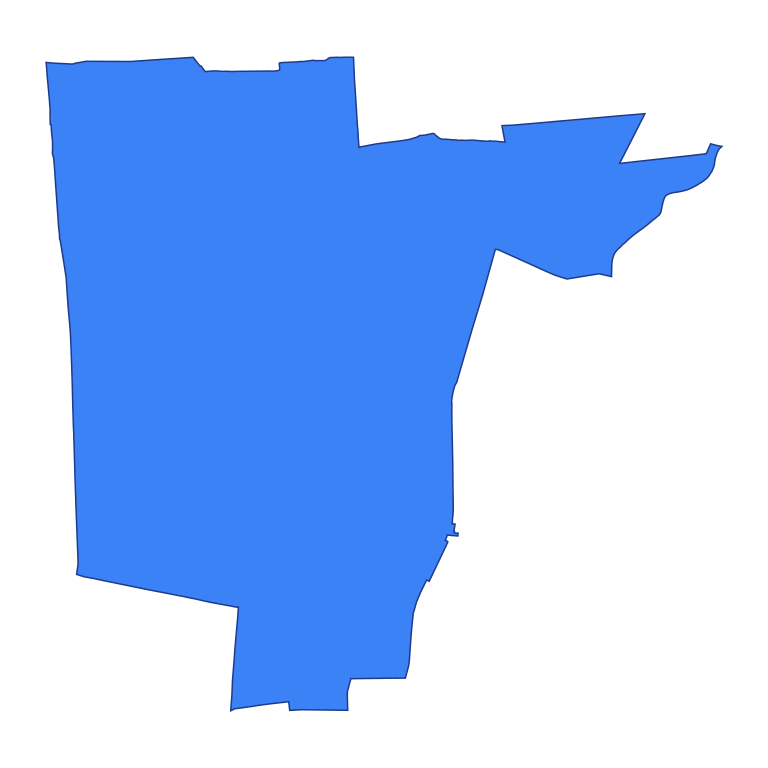 Tulucesti, Galati, Romania (Albers equal-area conic projection)
{"feature_id": "2599482B61221662253348", "entity_name": "Tulucesti", "entity_type": "district", "adm_level": 2, "iso_a3": "ROU", "parent_name": "Romania", "parent_adm1": "Galati", "projection": "albers", "projection_center": [28.035, 45.59], "detail": "fine", "context": "isolated", "style": "filled", "palette": "blue", "viewbox_px": 768, "rotation_deg": 0, "n_neighbors": 0, "source": "geoboundaries", "source_scale": "gbopen_adm2", "svg_char_len": 4017}
<svg xmlns="http://www.w3.org/2000/svg" viewBox="0 0 768 768"><path d="M611.5,276.6L611.5,275.7L611.6,272.5L611.7,267.8L611.9,262.7L612.4,259.8L613.1,256.9L614.0,254.5L615.1,252.6L616.4,250.8L618.6,248.5L620.2,247.2L622.4,244.8L624.9,242.8L626.7,241.1L629.9,238.1L633.5,235.1L637.9,231.8L643.7,227.6L648.4,223.9L653.3,219.8L655.6,218.0L657.4,216.5L659.1,215.1L660.1,213.8L660.8,212.2L661.3,210.2L662.2,205.7L663.2,201.5L664.2,198.4L665.3,196.3L666.7,195.0L669.7,193.6L672.9,192.7L678.0,192.0L682.4,191.1L687.1,189.9L692.0,187.8L697.4,184.9L703.2,181.2L707.3,177.9L709.5,175.0L712.2,170.7L714.1,165.9L714.5,163.5L715.0,160.1L715.4,158.0L716.2,155.6L717.1,152.8L719.1,149.0L721.9,146.4L720.5,146.2L718.7,145.9L714.7,144.9L710.6,143.8L706.3,153.7L689.5,155.7L682.2,156.5L619.6,163.4L631.0,141.1L636.8,129.7L644.9,113.7L621.9,115.6L524.0,124.2L512.2,125.2L502.0,125.6L502.0,126.0L505.0,142.1L497.4,141.4L495.3,141.1L493.5,141.2L492.4,141.2L491.8,141.1L491.3,141.1L489.9,140.8L489.3,140.9L488.8,141.3L487.4,141.2L485.0,141.1L479.4,140.7L477.7,140.5L475.1,140.3L473.0,140.2L470.5,140.1L468.8,140.2L467.0,140.4L465.6,140.4L463.8,140.3L462.0,140.2L460.4,140.2L458.2,140.4L456.9,140.0L451.4,139.7L445.7,139.2L445.1,139.2L442.7,139.2L441.0,138.9L439.3,138.1L436.4,135.9L434.0,133.6L433.1,133.4L424.4,135.2L419.6,135.5L418.2,136.4L416.4,137.3L411.5,138.7L410.0,139.3L408.2,139.6L406.7,139.9L399.9,140.9L376.2,143.9L365.1,146.0L364.2,146.2L360.9,146.8L358.9,147.4L358.9,146.0L358.2,137.1L358.1,133.3L357.4,125.1L356.0,102.9L355.4,93.3L354.9,85.8L354.5,80.5L354.2,73.3L353.5,57.3L347.8,57.2L345.6,57.2L340.5,57.4L336.6,57.3L329.6,57.6L325.6,60.4L323.3,60.6L314.8,60.6L313.7,60.3L312.4,60.3L311.2,60.5L310.0,60.7L303.2,61.5L298.5,61.6L297.4,61.9L296.2,61.9L295.8,61.9L293.1,62.1L289.7,62.2L288.5,62.3L286.0,62.4L284.7,62.4L282.1,62.6L279.6,62.9L279.4,63.1L279.2,63.8L279.8,69.7L279.7,69.9L276.6,70.9L273.1,71.1L271.5,71.1L270.1,71.1L268.3,71.0L264.0,71.1L253.5,71.2L245.1,71.3L240.4,71.3L235.6,71.4L233.3,71.5L230.3,71.5L228.2,71.3L225.8,71.3L225.1,71.3L223.8,71.4L223.0,71.4L222.1,71.3L221.1,71.3L220.2,71.3L219.5,71.2L218.7,71.1L218.1,71.0L217.6,71.0L216.7,70.9L215.6,70.9L211.7,71.0L210.9,71.0L208.8,71.3L206.8,71.4L205.8,71.5L205.3,71.7L200.9,65.8L199.9,65.9L193.2,57.3L156.6,59.7L130.5,61.5L85.9,61.3L79.7,62.5L76.9,62.8L72.3,64.1L65.8,63.7L54.0,63.2L46.1,62.4L46.5,66.8L46.9,71.2L47.0,74.3L47.9,83.5L49.5,101.1L49.7,105.3L50.1,108.5L50.0,114.8L50.1,117.7L50.1,120.5L50.2,124.5L51.1,124.6L51.3,128.8L51.7,133.9L52.1,137.2L52.5,140.9L52.6,148.4L52.5,150.7L52.4,153.2L52.7,154.9L53.7,158.0L54.8,172.0L55.5,182.9L56.3,194.2L58.7,228.2L59.4,233.8L59.6,239.0L60.2,240.7L60.5,242.1L63.7,261.7L66.1,277.3L68.2,308.3L69.4,321.1L70.3,331.7L70.9,344.5L71.3,355.4L72.1,379.0L72.7,402.8L73.4,426.5L73.7,432.2L75.0,477.3L76.0,507.3L78.0,560.0L78.0,564.8L76.6,574.4L84.1,576.8L92.8,578.3L103.4,580.6L148.9,589.9L166.9,593.3L194.6,598.8L204.3,601.0L208.2,601.8L208.8,602.0L217.3,603.6L232.1,606.3L235.1,606.9L236.4,607.1L238.4,607.2L238.1,611.0L237.7,617.4L236.7,628.7L234.9,649.1L234.1,660.3L232.5,680.2L231.9,695.3L230.7,710.8L234.7,708.8L252.9,706.3L259.6,705.2L271.3,703.7L286.5,702.0L288.7,701.7L289.7,710.4L302.0,709.7L347.7,710.3L347.3,695.4L347.4,692.9L347.4,691.5L350.9,678.6L351.4,678.7L365.5,678.5L390.9,678.2L405.4,678.1L407.6,669.7L408.8,665.2L409.5,659.2L409.5,658.3L409.9,652.6L411.2,634.4L411.6,629.7L413.2,613.7L416.6,601.7L420.6,592.3L426.6,580.0L429.2,581.3L447.8,542.2L447.6,541.3L445.3,540.4L447.4,535.1L457.8,536.0L458.1,533.2L454.3,532.9L454.5,531.5L453.9,531.4L455.1,524.1L452.0,523.7L452.3,522.9L452.5,518.8L452.9,515.9L453.3,510.0L453.0,489.9L452.8,464.8L451.9,422.3L451.8,411.3L451.9,403.4L451.6,403.2L451.7,400.1L452.8,393.1L454.3,387.4L455.1,385.1L456.7,382.4L465.8,351.0L466.9,347.4L467.8,344.2L472.0,329.7L472.7,327.4L482.6,295.0L495.4,249.2L498.6,249.9L527.0,262.7L542.4,269.7L548.7,272.5L555.0,275.2L566.9,279.0L598.9,273.8L601.0,274.2L611.5,276.6Z" fill="#3b82f6" stroke="#1e3a8a" stroke-width="1.5"/></svg>